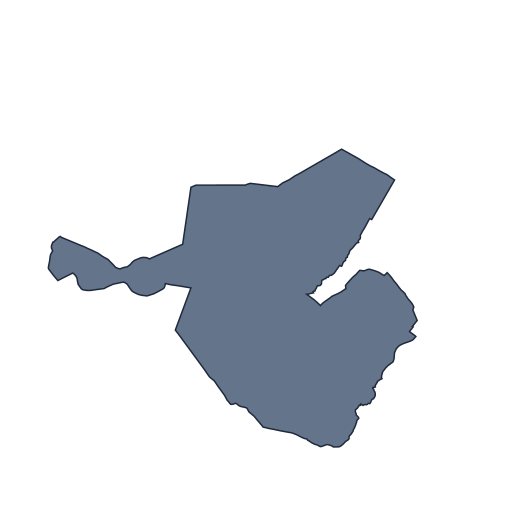 Capulhuac, México, Mexico (orthographic projection), rotated 303°
{"feature_id": "50627088B65520892305062", "entity_name": "Capulhuac", "entity_type": "district", "adm_level": 2, "iso_a3": "MEX", "parent_name": "Mexico", "parent_adm1": "México", "projection": "orthographic", "projection_center": [-99.466, 19.217], "detail": "fine", "context": "isolated", "style": "filled", "palette": "slate", "viewbox_px": 512, "rotation_deg": 303, "n_neighbors": 0, "source": "geoboundaries", "source_scale": "gbopen_adm2", "svg_char_len": 6128}
<svg xmlns="http://www.w3.org/2000/svg" viewBox="0 0 512 512"><g transform="rotate(303 256 256)"><path d="M309.7,208.5L282.7,167.0L278.2,164.0L225.9,188.1L195.3,168.0L195.4,167.0L195.1,165.3L194.5,164.1L193.3,162.0L191.9,160.5L186.5,156.7L185.0,156.1L184.0,155.7L181.0,155.3L178.5,154.6L177.5,154.2L176.8,153.8L175.9,153.1L175.0,151.9L173.1,150.4L171.2,149.0L170.6,147.6L170.1,145.2L170.0,144.5L170.4,142.9L171.1,140.2L171.8,136.8L172.2,135.1L172.5,133.8L172.4,131.8L172.2,129.7L172.1,127.1L172.2,124.5L172.3,122.0L172.3,121.2L172.0,119.9L171.4,115.1L170.5,109.5L170.5,108.8L169.9,105.3L169.6,104.2L169.4,103.9L169.5,103.6L169.4,102.8L169.0,100.9L165.7,82.9L165.7,81.5L165.8,81.1L164.7,80.5L161.9,79.8L159.9,79.2L157.0,78.5L156.9,78.1L153.1,78.9L151.4,80.0L149.4,82.8L148.1,82.7L145.0,83.0L142.5,84.1L139.9,85.4L134.4,87.6L132.8,88.4L132.0,89.6L129.5,96.5L127.5,103.2L130.1,104.7L132.9,106.3L141.9,111.6L141.7,113.7L141.4,114.9L140.9,116.2L139.8,118.1L137.4,120.2L135.5,122.1L134.4,124.6L133.3,127.4L133.4,129.3L135.0,132.9L136.9,135.9L140.7,140.2L145.9,146.3L149.3,148.2L154.5,151.5L160.2,157.2L162.1,159.4L162.3,161.4L162.3,162.7L162.0,163.9L160.8,166.5L159.2,170.5L159.1,171.1L159.0,172.6L159.4,176.4L159.8,178.6L160.9,181.8L163.2,186.4L168.7,190.9L173.2,193.5L174.4,194.1L176.7,195.4L178.7,196.2L179.6,196.2L181.0,196.0L183.5,195.0L185.7,200.7L188.4,206.4L193.8,218.8L149.9,228.7L148.8,231.9L148.4,233.1L133.6,272.2L129.3,282.8L128.9,285.5L128.6,288.8L127.6,291.4L126.2,294.6L124.1,300.1L122.0,305.5L119.9,309.3L119.3,310.4L119.0,311.8L118.6,313.1L117.8,315.4L118.4,316.5L119.8,318.0L120.8,318.6L121.4,319.3L121.5,320.3L121.3,322.0L121.2,323.7L121.7,325.8L122.6,328.0L123.4,330.6L123.4,331.4L122.4,333.2L121.4,335.0L120.6,341.7L119.0,346.7L117.3,352.5L116.4,355.1L118.7,361.6L120.3,365.4L123.0,372.4L125.7,378.9L127.2,382.4L128.2,387.0L128.9,393.8L129.2,395.3L129.3,395.9L129.5,396.5L129.7,397.1L130.0,397.7L130.2,398.0L130.2,398.5L130.0,398.8L129.8,399.3L129.7,399.7L129.6,400.1L129.6,400.5L129.8,400.7L129.9,401.1L129.9,401.4L129.7,402.6L129.7,404.5L129.9,406.3L130.2,408.4L130.3,408.7L130.7,409.4L130.8,409.7L131.1,413.6L131.3,414.0L132.0,414.7L132.6,415.3L133.3,415.6L133.9,416.1L134.3,416.6L135.6,417.4L136.1,417.8L136.4,418.2L137.0,419.2L137.2,419.9L137.5,420.9L137.9,422.3L138.0,423.0L138.0,424.9L138.2,425.3L138.8,426.0L139.3,426.9L140.5,428.6L141.0,429.3L141.6,429.9L143.0,430.7L146.0,431.6L148.9,432.1L150.3,432.6L152.2,433.5L152.7,433.6L153.7,433.4L154.8,432.7L155.8,432.3L157.3,432.6L158.8,432.8L160.2,432.8L161.6,432.8L162.3,432.7L163.2,432.3L163.7,432.2L165.1,432.3L165.5,432.2L165.8,432.1L166.4,431.9L166.7,431.9L167.1,431.9L169.3,431.4L170.6,431.0L171.1,431.0L172.2,430.5L172.6,430.3L173.4,430.2L175.1,430.6L175.6,430.6L176.0,430.5L176.5,429.9L176.5,429.6L176.7,429.1L176.8,428.9L176.9,428.5L177.2,426.7L177.4,426.4L178.4,425.8L178.6,425.5L178.8,425.1L179.1,424.6L179.7,424.1L180.5,423.5L180.8,423.3L181.2,423.2L181.8,423.3L182.1,423.5L182.8,423.7L183.8,423.9L186.8,423.9L187.0,424.1L187.2,424.5L187.6,424.9L187.9,424.8L188.1,424.5L188.3,424.3L188.5,424.3L188.8,424.4L189.0,424.6L189.1,424.9L189.1,425.6L188.9,426.0L188.9,426.5L188.9,426.9L189.0,427.2L189.2,427.3L189.8,427.5L190.6,428.1L191.1,428.9L191.3,429.4L191.5,429.7L192.1,430.1L193.2,430.3L193.5,430.6L193.8,430.8L194.0,431.5L194.2,431.8L194.5,431.9L195.4,431.9L197.3,431.5L198.0,431.4L198.8,431.4L199.0,431.6L199.6,431.7L199.8,431.9L200.0,432.1L200.2,432.3L200.3,432.4L200.5,432.4L200.7,432.2L201.0,432.2L201.5,432.1L201.8,432.2L202.6,432.3L204.1,431.9L204.7,431.4L205.4,431.1L206.0,430.6L206.3,430.1L206.8,429.6L207.3,428.4L207.5,428.1L207.9,427.8L208.4,427.2L208.5,426.5L208.7,425.9L209.0,425.8L209.4,425.6L209.6,425.8L209.9,426.2L210.2,426.5L210.5,426.8L210.9,427.3L211.3,427.4L212.4,426.5L212.6,426.5L213.8,426.5L214.3,426.5L214.9,426.5L216.2,426.4L216.9,426.2L217.3,426.3L217.6,426.5L217.9,426.6L219.3,427.1L221.0,428.0L221.3,428.4L221.5,428.5L221.8,428.5L222.0,427.8L222.2,427.5L223.4,427.0L224.2,426.5L225.1,426.2L225.6,426.0L226.1,425.9L226.7,425.8L226.9,425.5L227.2,425.4L227.6,425.4L227.8,425.3L232.6,425.7L235.7,426.3L239.2,427.6L242.0,428.6L245.1,427.7L249.5,425.3L250.2,424.9L251.9,424.6L254.5,424.2L258.0,424.7L260.6,425.9L263.4,427.7L266.4,430.1L269.5,432.4L271.6,433.4L275.6,433.9L275.8,432.3L276.2,425.9L282.2,426.4L282.2,425.5L289.7,426.3L296.1,417.0L299.2,416.1L300.6,413.8L301.5,411.7L302.9,406.9L303.0,406.7L303.2,406.0L303.8,404.8L304.4,403.2L305.6,401.5L306.1,399.3L306.5,396.3L307.9,392.2L309.0,389.4L310.3,385.0L311.8,381.3L312.6,378.6L313.0,377.0L313.5,375.1L309.4,374.1L309.3,371.8L309.3,368.3L308.8,365.8L308.2,363.2L306.7,358.3L305.9,357.3L305.1,356.7L302.6,354.9L301.7,353.4L301.0,351.8L300.4,350.8L294.9,349.9L292.8,349.2L289.8,348.5L286.3,347.9L282.9,347.4L280.1,347.1L277.5,349.2L277.1,348.9L272.2,346.9L269.0,345.1L264.8,342.4L263.5,341.6L261.8,341.1L253.4,337.8L250.4,337.1L249.5,337.1L250.3,333.1L251.0,328.3L251.5,319.4L252.4,320.5L254.6,322.5L256.4,324.3L256.6,323.8L257.1,323.3L257.8,323.5L258.5,324.4L259.0,324.5L259.9,324.2L261.0,324.1L262.2,324.1L263.4,323.8L264.4,323.7L264.9,324.3L265.9,325.6L266.7,326.0L267.8,326.2L268.7,325.9L269.7,325.3L271.2,324.5L271.9,324.7L272.5,325.0L272.9,325.5L274.3,325.8L274.8,326.7L275.2,326.9L275.9,326.9L276.3,326.7L277.3,327.6L277.6,328.2L278.3,328.3L279.3,328.1L280.0,328.5L280.8,329.7L283.8,330.9L286.7,331.1L288.3,331.0L289.7,331.2L293.1,331.2L293.7,331.4L293.8,332.1L293.7,332.6L293.8,333.2L294.4,333.4L295.4,333.3L297.0,332.8L298.6,332.7L299.8,333.0L300.6,333.4L301.1,333.5L301.9,333.0L303.0,332.6L304.0,332.8L304.6,333.3L306.4,332.5L307.9,332.7L309.5,332.4L310.5,332.1L311.6,331.8L313.2,332.1L315.3,332.6L321.6,333.3L323.3,334.7L324.0,333.7L325.2,333.5L327.3,334.0L328.8,333.2L330.4,332.1L332.0,332.1L335.0,331.8L338.4,331.8L343.4,331.4L347.9,331.0L349.3,331.0L349.6,333.2L395.2,330.8L395.3,326.7L395.6,321.7L395.0,317.1L394.6,311.6L394.4,306.9L393.8,302.8L393.5,296.8L393.5,289.2L392.2,269.6L348.0,247.1L344.2,244.9L338.4,242.5L334.7,240.3L331.7,238.5L326.0,236.4L313.8,211.6L311.3,209.5L309.7,208.5Z" fill="#64748b" stroke="#1e293b" stroke-width="1.5"/></g></svg>